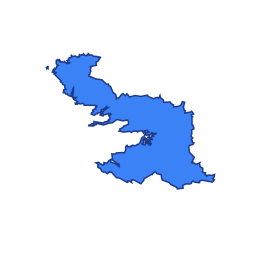 the district of Donegal Lea-6, Donegal, Ireland, rotated 30°
{"feature_id": "5873133B96049761393494", "entity_name": "Donegal Lea-6", "entity_type": "district", "adm_level": 2, "iso_a3": "IRL", "parent_name": "Ireland", "parent_adm1": "Donegal", "projection": "mercator", "projection_center": [-8.322, 54.625], "detail": "fine", "context": "isolated", "style": "filled", "palette": "blue", "viewbox_px": 256, "rotation_deg": 30, "n_neighbors": 0, "source": "geoboundaries", "source_scale": "gbopen_adm2", "svg_char_len": 5873}
<svg xmlns="http://www.w3.org/2000/svg" viewBox="0 0 256 256"><g transform="rotate(30 128 128)"><path d="M142.9,176.8L145.4,175.6L154.3,175.6L154.9,175.2L154.2,174.4L154.6,173.4L158.5,173.4L157.4,172.4L157.7,171.7L157.1,171.0L158.9,170.1L167.1,169.9L167.8,165.3L167.2,164.2L171.6,156.4L172.3,156.1L172.1,155.2L173.5,152.2L176.1,153.1L179.8,151.8L183.5,155.9L191.0,154.7L193.2,155.5L200.0,155.0L201.1,156.1L205.8,152.6L204.1,150.2L206.7,146.9L209.0,146.0L210.6,144.3L210.1,142.8L211.2,141.2L212.3,141.7L216.7,140.0L217.3,139.5L216.5,138.7L217.0,137.4L218.6,136.0L228.2,132.6L228.8,129.8L226.6,129.7L227.1,127.3L226.2,125.0L224.8,126.8L221.0,128.7L220.3,130.2L220.0,129.5L218.1,130.0L217.5,128.0L214.8,129.1L212.9,125.5L209.8,125.4L207.6,123.1L207.6,122.2L205.0,125.6L203.1,125.2L200.9,126.3L200.3,125.9L201.0,124.8L199.9,123.8L200.4,122.6L200.0,120.2L193.5,118.4L190.4,114.5L189.8,112.5L192.5,109.7L192.5,107.8L191.0,108.4L190.1,106.8L188.6,106.3L189.1,104.2L186.8,103.8L186.0,100.8L184.1,97.7L185.5,95.9L185.2,95.2L182.7,93.0L181.9,93.3L178.0,86.6L178.3,86.0L177.0,85.9L176.3,85.0L177.8,83.0L174.8,81.7L173.9,83.2L169.7,86.7L168.9,84.3L167.6,84.4L165.4,81.8L164.2,77.4L162.0,78.0L162.3,81.5L161.4,83.5L157.0,87.0L155.9,85.2L153.3,85.3L151.5,84.4L146.1,87.9L144.5,86.0L140.9,85.5L139.4,83.8L139.7,86.9L138.1,86.9L135.2,89.9L129.8,90.6L128.4,89.8L123.3,94.3L117.9,96.3L113.8,100.4L110.5,98.9L109.9,99.1L109.6,101.4L106.5,100.7L105.7,102.0L105.0,106.8L103.7,107.3L103.3,108.5L100.7,105.1L97.2,104.7L91.9,100.6L90.8,101.1L88.7,99.8L87.6,100.9L81.4,99.3L75.5,101.6L68.0,102.5L67.5,101.7L68.1,100.3L67.4,99.3L67.4,97.2L65.9,95.9L66.0,94.6L64.7,93.6L69.3,89.5L67.4,87.1L68.6,85.4L68.8,81.0L68.1,81.5L66.7,81.7L65.4,81.5L62.1,83.2L60.5,82.7L58.5,83.9L56.5,83.5L56.9,84.4L56.0,84.8L56.3,85.7L54.8,86.6L52.3,86.0L52.6,87.4L51.3,87.6L49.8,89.2L50.1,89.6L49.6,90.2L50.4,90.7L49.9,91.5L46.3,92.1L44.0,93.8L42.7,93.3L42.7,94.0L43.7,94.3L43.6,95.3L42.0,96.6L42.3,97.3L41.9,98.1L42.9,98.6L41.6,99.9L42.3,99.9L42.5,101.5L44.0,101.4L44.2,100.7L44.6,100.7L44.2,101.0L45.3,101.6L43.6,101.4L43.5,102.5L42.7,102.8L39.8,102.2L40.0,103.0L37.8,103.5L36.6,104.7L36.0,104.0L35.0,104.4L34.9,103.3L34.2,103.1L33.4,104.4L32.6,104.2L32.1,105.4L33.8,108.3L36.3,108.5L35.3,109.9L35.9,111.4L35.8,113.0L34.8,112.7L34.9,113.6L34.0,114.7L34.6,117.4L35.4,117.0L35.6,115.6L36.5,117.4L36.8,116.1L38.1,116.0L37.8,118.1L38.5,118.5L46.4,120.6L46.2,121.6L48.9,122.1L49.6,123.0L52.0,122.6L53.2,124.8L54.8,125.3L53.2,127.2L54.5,128.7L54.0,129.4L54.3,129.8L56.0,129.1L57.4,129.7L58.1,128.8L59.8,129.6L63.4,129.0L61.6,126.5L61.4,123.4L60.6,122.3L60.7,120.5L63.0,124.5L62.4,124.7L62.2,126.2L62.8,127.0L63.5,126.3L64.2,128.6L66.2,128.7L67.9,127.5L67.6,128.7L65.3,129.5L66.6,130.3L71.2,130.6L70.6,132.4L69.8,132.9L70.6,133.7L72.3,132.7L72.5,131.3L74.6,131.2L76.0,129.6L77.4,129.3L78.7,130.2L88.1,124.9L90.0,125.5L90.1,124.7L89.7,124.8L89.2,124.7L90.1,124.4L90.4,125.1L89.6,127.0L90.7,127.7L88.6,129.4L88.6,130.4L89.8,131.1L88.8,132.9L89.0,134.2L92.4,133.9L93.6,131.2L94.2,131.2L94.4,130.0L96.4,128.5L97.0,126.7L96.2,126.8L96.5,125.8L95.8,125.6L95.9,125.0L97.5,124.0L98.8,120.1L99.5,121.2L100.4,120.5L98.4,125.3L98.2,126.7L98.7,127.8L97.2,128.9L97.8,129.4L97.2,130.7L97.1,131.3L98.4,129.4L98.9,130.4L100.4,130.0L100.5,128.4L102.2,127.4L102.6,126.1L104.4,124.9L104.3,126.0L105.0,126.3L105.6,125.5L105.3,124.8L106.5,124.5L105.6,127.1L107.5,128.4L107.7,129.3L107.2,130.1L107.7,130.2L107.1,131.2L108.0,131.5L104.0,135.0L104.6,134.7L104.1,136.1L95.3,139.4L96.2,141.2L94.2,142.8L93.7,144.7L92.7,145.0L92.9,145.7L96.9,143.7L97.6,142.5L96.9,142.4L96.8,141.4L98.7,140.9L98.5,139.7L105.1,137.7L107.7,135.1L107.7,134.3L111.9,131.3L114.1,126.2L119.9,124.4L123.7,121.3L125.5,122.6L126.5,124.8L123.2,128.7L123.5,129.9L121.4,132.9L122.2,133.8L121.8,135.2L126.5,133.6L130.9,130.2L133.2,130.1L133.9,128.4L136.6,126.6L138.4,126.6L138.5,125.7L141.5,123.3L144.2,124.6L144.0,123.7L143.2,123.8L142.6,123.4L143.9,122.9L143.8,122.1L145.6,120.5L146.5,120.7L146.7,121.5L148.6,120.6L147.1,122.4L145.0,122.9L146.3,124.2L145.9,125.1L145.9,127.0L146.1,125.2L147.6,125.0L150.9,122.3L150.7,120.3L152.4,119.8L151.9,121.0L154.5,119.6L154.8,118.7L155.2,118.8L152.7,122.3L153.9,122.5L153.0,123.1L152.6,124.8L151.4,125.1L149.1,126.4L152.6,125.1L151.9,126.1L155.6,125.6L152.6,126.7L152.0,127.6L153.5,127.3L153.7,127.7L151.2,128.5L151.7,129.6L153.7,128.3L154.1,129.7L155.9,129.7L156.0,130.6L154.6,131.2L154.8,131.5L155.4,131.4L155.7,131.7L153.5,132.4L154.5,131.8L154.3,130.9L153.1,130.5L152.1,131.8L152.4,130.2L151.4,129.9L150.6,131.4L151.9,131.8L150.9,132.5L151.2,133.5L150.7,134.6L148.2,134.9L147.8,134.4L149.3,132.9L147.1,131.3L148.4,130.0L148.3,129.4L147.2,130.3L146.9,130.1L146.9,129.8L147.5,129.5L146.7,129.0L148.2,129.2L148.2,128.6L147.4,128.4L147.4,127.6L145.3,128.2L144.8,130.0L145.7,134.1L145.3,137.1L144.2,137.5L143.2,139.8L140.5,140.6L139.7,142.1L140.3,142.5L140.0,143.0L139.3,142.7L137.4,144.3L136.0,143.4L135.4,144.3L135.5,145.5L136.9,148.1L137.4,151.3L135.1,152.2L130.3,155.5L130.0,157.0L126.9,158.5L130.8,163.5L137.1,164.2L138.0,163.6L138.4,163.9L137.9,164.6L138.2,165.3L138.8,165.2L139.9,165.7L139.8,166.0L135.3,165.2L130.1,166.1L128.9,164.9L130.1,163.3L129.2,163.3L127.8,165.6L127.6,168.9L124.5,169.9L125.1,170.7L124.4,170.5L125.4,171.2L124.6,172.9L119.4,172.5L117.7,174.2L119.2,174.0L120.8,174.9L120.7,175.9L121.7,177.2L124.6,176.9L126.7,178.4L128.6,178.6L129.7,177.7L132.8,178.0L133.7,176.2L133.6,175.2L134.9,175.3L135.5,174.4L142.9,176.8ZM28.1,114.8L27.4,115.1L27.6,116.6L27.3,116.2L27.2,116.7L29.1,116.7L28.1,114.8ZM150.5,128.6L149.7,127.7L148.8,128.7L149.1,128.9L150.5,128.6ZM149.3,124.2L150.1,124.1L151.1,123.3L149.3,124.2ZM150.5,130.2L149.8,129.9L149.4,130.2L149.6,130.7L150.5,130.2ZM67.5,80.9L68.0,81.5L68.2,80.9L68.2,80.7L67.5,80.9ZM49.5,88.7L48.6,88.5L49.6,88.8L49.5,88.7Z" fill="#3b82f6" stroke="#1e3a8a" stroke-width="1.5"/></g></svg>